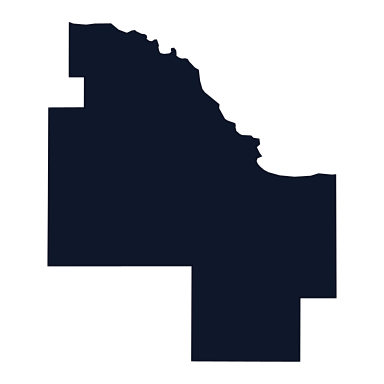 outline of Marquette, Michigan, United States of America
{"feature_id": "52423323B1149606066361", "entity_name": "Marquette", "entity_type": "district", "adm_level": 2, "iso_a3": "USA", "parent_name": "United States of America", "parent_adm1": "Michigan", "projection": "natural_earth1", "projection_center": [-87.624, 46.449], "detail": "fine", "context": "isolated", "style": "filled", "palette": "ink", "viewbox_px": 384, "rotation_deg": 0, "n_neighbors": 0, "source": "geoboundaries", "source_scale": "gbopen_adm2", "svg_char_len": 1185}
<svg xmlns="http://www.w3.org/2000/svg" viewBox="0 0 384 384"><path d="M263.5,360.9L299.5,361.0L299.7,297.5L335.8,297.5L335.4,175.0L332.3,175.4L318.6,174.1L310.8,176.5L294.6,177.5L279.7,176.1L268.1,172.9L263.6,170.5L259.4,166.9L257.2,164.3L255.8,161.1L256.9,157.7L261.1,156.0L259.2,153.6L256.1,147.4L256.1,146.8L259.3,144.0L258.7,139.3L253.1,138.5L250.9,136.2L241.9,135.8L239.4,134.6L235.7,131.4L234.7,127.2L235.0,125.3L234.6,123.8L227.5,121.3L224.5,119.5L218.4,108.5L218.4,108.0L218.7,104.6L204.4,92.9L201.7,89.3L199.4,81.1L198.1,70.2L194.5,68.2L188.7,62.1L187.2,59.6L184.8,59.0L182.0,59.4L178.9,58.4L176.2,56.5L175.5,55.2L175.8,53.9L175.4,50.5L173.7,48.5L171.8,48.8L171.6,49.7L172.2,52.1L169.7,54.1L164.2,54.7L160.3,53.9L159.1,52.6L158.3,50.5L157.6,46.8L158.2,45.7L156.4,40.2L154.8,40.2L152.2,42.0L149.3,41.7L146.2,39.6L145.6,38.3L146.3,37.5L146.1,36.0L144.6,34.9L142.9,34.7L141.5,34.6L135.8,31.9L134.7,30.8L131.8,31.3L127.7,33.3L126.3,33.4L118.2,30.3L110.8,24.1L94.9,24.3L86.3,25.4L81.1,25.0L73.1,24.3L69.6,23.0L69.5,60.8L69.5,76.6L84.7,76.6L84.6,108.0L49.0,108.2L48.6,202.4L48.2,265.6L192.3,265.5L191.9,360.6L263.5,360.9Z" fill="#0f172a" stroke="#020617" stroke-width="1.5"/></svg>